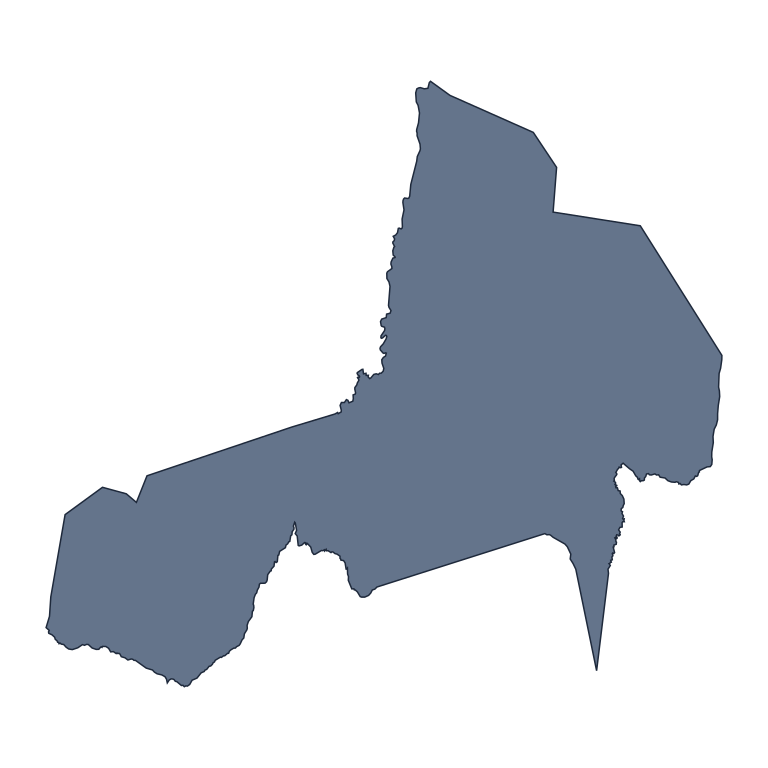 Santa Catalina, Jujuy, Argentina
{"feature_id": "61730980B27320368944921", "entity_name": "Santa Catalina", "entity_type": "district", "adm_level": 2, "iso_a3": "ARG", "parent_name": "Argentina", "parent_adm1": "Jujuy", "projection": "equal_earth", "projection_center": [-66.281, -22.101], "detail": "fine", "context": "isolated", "style": "filled", "palette": "slate", "viewbox_px": 768, "rotation_deg": 0, "n_neighbors": 0, "source": "geoboundaries", "source_scale": "gbopen_adm2", "svg_char_len": 6095}
<svg xmlns="http://www.w3.org/2000/svg" viewBox="0 0 768 768"><path d="M721.9,355.4L640.3,225.8L553.1,212.1L556.6,167.4L533.3,132.4L450.0,95.4L430.5,81.3L429.3,82.6L427.9,88.3L424.3,88.8L420.3,87.6L418.4,88.0L416.8,88.9L415.7,92.9L416.3,101.9L418.1,105.4L419.5,113.0L418.5,122.9L416.7,129.5L416.6,131.4L417.1,132.9L417.1,135.8L420.0,144.1L420.4,148.8L420.0,150.6L417.3,156.5L416.7,161.3L410.8,184.4L409.7,196.2L408.8,198.1L407.9,198.5L404.6,198.0L403.6,199.0L403.0,200.7L402.9,202.6L404.0,209.9L402.1,219.0L402.4,226.6L402.1,228.1L401.1,228.9L399.2,228.1L398.3,228.4L397.5,232.7L395.7,235.0L393.2,236.3L394.6,238.9L394.2,240.6L392.9,241.9L392.8,243.0L394.6,246.6L393.9,247.2L392.8,250.8L393.2,255.1L395.0,256.8L395.1,257.5L392.9,258.1L391.1,262.0L390.9,264.1L391.8,266.6L391.9,268.5L387.5,271.7L386.8,273.2L386.9,278.5L389.0,282.0L390.0,286.4L388.5,305.4L389.0,307.4L391.0,310.6L390.1,313.2L386.6,314.1L386.2,317.6L381.7,319.1L380.5,321.6L381.2,325.6L381.8,326.3L384.5,327.2L384.9,328.6L384.6,330.5L381.0,335.9L380.9,337.8L381.6,338.3L382.6,337.9L385.5,335.3L386.4,335.5L386.8,336.6L386.1,338.9L383.2,343.9L380.6,346.7L380.0,348.3L380.3,349.9L383.0,353.0L383.9,353.4L385.6,352.8L386.3,353.1L385.5,356.1L383.4,357.4L381.8,359.7L382.0,363.1L383.8,368.4L383.2,371.2L381.2,373.2L379.6,373.2L378.4,374.5L376.2,373.8L373.8,374.4L370.9,377.9L369.7,378.6L368.1,376.9L368.4,375.3L366.2,375.4L366.0,373.3L363.5,373.8L362.9,369.3L362.0,369.4L357.3,372.6L357.1,373.4L358.0,375.1L359.3,375.9L359.6,376.8L359.2,377.4L358.1,377.1L357.5,377.6L358.7,379.4L358.8,380.4L357.3,383.0L356.8,384.9L354.9,387.5L354.8,389.1L355.6,393.0L355.2,394.1L353.1,394.9L353.3,398.7L352.8,401.2L349.0,402.8L347.9,400.3L346.4,399.6L344.4,402.5L341.4,402.5L340.1,405.4L341.3,410.2L341.2,411.9L338.2,413.7L337.6,412.5L334.9,414.0L291.6,427.1L147.0,475.8L136.4,502.4L126.3,493.8L102.5,487.3L65.1,514.6L50.8,596.9L49.5,616.3L46.1,627.6L49.2,630.4L48.5,631.9L48.8,633.3L52.0,634.8L54.6,637.2L55.3,639.4L57.0,640.7L57.6,642.2L58.7,642.5L59.0,643.7L60.3,643.2L61.2,644.1L63.7,644.5L66.1,647.2L68.7,649.0L72.3,649.6L77.8,647.8L82.5,644.6L84.5,645.3L86.5,644.4L88.3,644.5L92.1,648.0L96.2,649.4L98.8,649.3L100.6,647.2L101.3,646.9L102.0,647.4L102.5,646.4L105.9,646.5L108.6,648.3L110.7,651.9L113.4,651.6L116.2,653.6L117.0,653.0L117.9,653.6L119.0,653.3L119.9,654.0L121.3,656.7L125.0,657.8L127.9,660.0L131.2,659.0L132.8,659.3L133.9,660.3L135.5,660.4L146.2,668.1L152.5,670.0L154.4,672.1L157.1,673.8L161.8,674.9L165.0,676.7L166.5,679.2L167.3,682.9L169.3,679.9L171.2,678.9L173.0,679.1L174.1,679.6L175.3,681.3L176.9,681.7L181.4,685.5L183.0,685.3L184.3,686.7L185.8,685.9L187.4,686.1L189.7,684.5L192.1,680.2L197.0,678.1L201.2,672.8L204.2,671.5L205.0,670.1L206.7,669.4L209.1,666.3L210.7,666.0L212.4,664.3L213.1,662.8L214.5,661.9L215.2,660.3L220.3,657.2L221.4,657.4L223.7,655.7L224.7,655.8L227.6,653.3L228.6,653.3L229.4,651.2L230.7,650.0L233.6,648.2L235.5,648.0L236.5,646.7L239.1,645.4L240.2,643.9L242.1,639.8L243.8,638.0L244.4,633.8L246.9,629.8L247.3,628.2L247.1,625.4L248.4,621.5L251.9,616.7L252.4,611.4L253.3,610.5L253.9,607.6L253.7,605.3L253.2,604.1L254.1,597.7L255.4,594.3L256.7,592.8L257.3,590.2L259.0,587.1L259.4,584.2L260.4,583.3L265.0,583.2L266.6,581.7L267.2,579.9L267.7,574.7L270.2,571.2L271.2,570.8L271.4,569.0L274.0,566.2L274.5,561.8L275.0,561.5L276.1,562.5L277.3,561.7L277.9,555.4L278.8,555.0L279.6,551.4L285.4,547.7L286.0,545.1L287.7,543.8L288.7,541.9L289.8,541.4L290.7,535.8L291.9,534.8L292.2,531.7L293.9,529.3L294.0,527.8L293.4,526.1L294.7,522.2L295.3,523.0L296.6,530.4L295.2,533.6L297.2,536.0L298.2,545.4L299.1,545.9L301.8,545.1L304.6,542.5L305.2,542.6L305.6,544.2L306.2,544.8L306.6,544.4L306.5,543.2L307.2,543.3L310.7,547.0L312.2,552.3L313.8,554.4L315.2,554.2L321.4,550.5L322.9,550.7L324.3,549.8L324.7,551.0L326.1,549.3L326.6,550.8L328.1,550.7L331.0,552.6L332.0,551.8L333.0,552.0L335.0,553.6L337.0,554.1L340.0,556.2L340.0,558.3L340.7,559.1L340.9,560.1L343.6,560.6L345.1,562.9L346.1,569.1L346.6,569.1L347.4,568.1L347.6,574.1L348.5,576.6L348.3,580.3L351.8,588.9L353.9,588.8L354.3,589.9L355.3,590.0L357.4,591.9L360.2,596.6L361.5,597.1L364.8,597.1L368.6,595.4L370.7,593.1L372.3,590.0L374.9,589.1L377.0,587.0L544.9,533.6L546.9,534.8L549.3,534.6L550.6,535.2L553.1,537.3L564.9,544.0L567.3,546.7L570.8,554.1L570.2,559.0L573.1,563.6L575.8,569.2L596.6,670.7L608.5,573.3L608.0,569.2L610.3,565.5L609.1,563.7L609.8,563.6L610.3,562.4L611.3,562.2L610.7,560.3L612.3,559.8L611.9,557.0L612.9,555.8L612.3,553.5L612.7,553.0L613.8,553.5L614.6,552.6L613.2,547.1L614.0,546.8L613.9,545.1L616.2,544.3L616.5,542.2L615.9,541.5L615.8,539.5L614.8,537.8L615.6,537.4L616.5,538.6L617.0,538.4L617.1,537.2L616.2,536.1L616.7,534.8L618.1,535.1L618.9,535.9L619.9,535.2L620.2,534.6L619.6,533.7L620.2,532.1L618.6,529.9L619.9,527.4L622.2,527.0L622.1,522.6L622.8,521.7L624.3,521.7L623.9,520.5L624.2,518.9L623.2,519.2L622.6,518.6L623.5,516.1L622.0,513.5L622.5,511.7L621.3,511.1L621.1,510.4L621.3,508.6L622.8,507.5L623.3,505.4L624.2,503.7L623.9,499.1L622.3,495.6L620.3,493.5L620.1,491.0L618.2,490.6L617.4,487.8L615.9,487.7L615.6,486.2L616.6,486.0L616.8,485.4L615.0,484.4L615.6,483.4L615.5,482.4L613.8,481.1L614.4,480.5L614.1,478.8L614.4,477.8L616.8,474.5L616.7,473.5L615.8,472.5L617.6,469.3L618.6,468.4L619.1,467.1L620.6,467.7L621.5,467.4L621.1,464.9L623.1,463.2L629.6,468.8L633.1,471.2L635.8,475.9L637.4,477.3L638.0,479.2L638.5,479.6L639.5,478.8L639.7,480.9L640.3,481.6L641.4,480.7L643.2,480.7L644.3,480.1L644.5,477.9L645.7,476.6L646.5,474.0L648.5,473.6L649.4,474.8L651.3,475.0L654.9,473.9L656.5,475.0L658.6,474.8L660.1,477.2L665.0,478.0L667.9,480.7L671.4,482.0L675.1,482.3L676.2,481.7L678.4,482.4L678.9,484.0L680.1,483.5L681.4,484.9L683.9,484.5L686.7,484.9L688.8,484.1L690.8,480.7L693.8,478.9L695.3,476.0L696.7,476.4L697.7,475.7L698.6,472.5L699.4,471.9L699.3,470.9L699.7,470.4L707.1,466.9L710.3,466.6L711.8,464.4L712.2,459.7L711.7,456.9L711.8,452.0L713.3,442.6L713.0,436.5L714.2,429.2L716.3,425.0L717.6,419.8L717.6,413.7L718.3,405.3L719.7,396.6L719.4,390.9L718.6,387.1L719.1,373.5L720.6,368.3L721.8,359.7L721.9,355.4Z" fill="#64748b" stroke="#1e293b" stroke-width="1.5"/></svg>